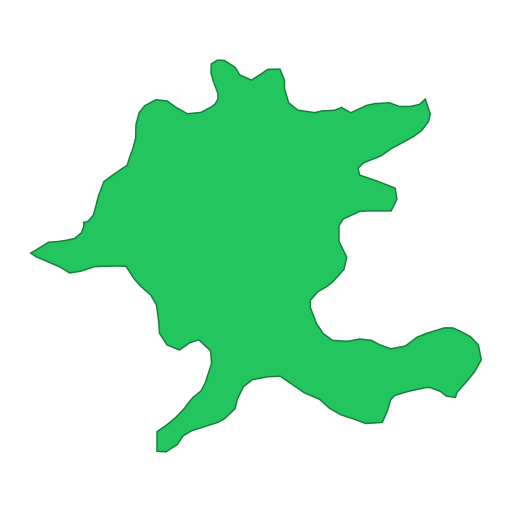 the district of Agdam District, Ağdam, Azerbaijan
{"feature_id": "54616110B71765796178707", "entity_name": "Agdam District", "entity_type": "district", "adm_level": 2, "iso_a3": "AZE", "parent_name": "Azerbaijan", "parent_adm1": "Ağdam", "projection": "natural_earth1", "projection_center": [47.033, 40.029], "detail": "fine", "context": "isolated", "style": "filled", "palette": "green", "viewbox_px": 512, "rotation_deg": 0, "n_neighbors": 0, "source": "geoboundaries", "source_scale": "gbopen_adm2", "svg_char_len": 2171}
<svg xmlns="http://www.w3.org/2000/svg" viewBox="0 0 512 512"><path d="M341.8,107.3L334.6,110.3L322.2,110.9L314.7,112.7L297.8,110.1L288.7,102.8L284.5,88.6L284.5,80.4L279.9,69.1L267.8,69.4L260.0,74.6L251.5,80.1L239.7,74.9L235.2,67.4L224.3,60.4L217.4,60.1L211.3,63.9L211.0,72.9L213.4,81.3L218.0,93.8L218.0,99.0L215.2,104.0L211.3,106.9L201.0,112.4L187.5,113.8L175.9,107.3L167.2,101.0L156.0,99.7L144.7,105.7L139.1,112.9L136.0,124.4L135.6,138.0L133.3,147.3L129.6,157.4L127.1,165.4L121.9,168.7L111.4,176.0L103.9,181.6L98.4,196.1L95.9,206.0L93.4,215.1L88.0,221.4L83.8,222.4L83.7,226.6L81.4,232.8L74.8,238.4L66.3,240.3L59.3,241.4L48.4,242.3L33.7,251.4L30.7,253.1L36.1,256.7L51.6,263.4L60.3,267.2L69.7,273.0L80.6,271.2L94.8,266.6L115.4,266.0L126.0,266.3L134.4,279.1L140.5,286.1L150.8,295.1L156.5,305.1L158.6,320.5L158.7,321.5L159.5,333.3L167.1,345.0L179.5,350.0L189.8,342.7L198.8,339.8L210.6,350.8L211.6,363.4L205.2,383.0L200.9,391.1L192.8,397.6L187.3,404.3L185.2,407.5L183.7,409.1L175.2,418.0L167.0,424.7L157.0,431.7L157.0,440.5L157.0,451.3L158.1,451.4L165.8,451.9L177.3,444.6L183.1,435.8L191.3,430.9L206.7,425.9L217.9,422.4L224.6,418.6L235.1,408.7L237.3,399.3L243.3,386.7L252.4,379.7L267.2,376.8L280.2,376.2L299.9,389.7L303.9,392.6L319.6,399.3L329.3,408.1L340.8,414.8L353.5,418.9L365.6,423.5L382.3,422.4L387.4,411.0L390.7,399.6L394.7,395.5L408.0,391.4L425.8,387.6L430.4,387.6L440.4,391.4L446.4,396.1L455.4,397.5L457.1,392.2L466.6,381.6L474.7,371.6L477.2,367.1L481.3,359.9L478.4,344.9L470.6,336.8L459.9,331.0L452.7,327.9L444.3,327.9L427.9,332.9L417.2,337.1L405.4,346.0L390.9,348.8L380.0,344.9L371.6,340.4L360.3,339.0L347.9,341.3L332.6,340.4L323.4,333.8L316.5,323.7L310.4,307.6L310.4,300.1L318.2,291.5L326.9,286.5L332.6,282.0L343.9,269.5L346.8,257.3L339.0,241.5L339.0,234.2L339.0,225.6L343.3,219.0L359.4,211.5L367.5,210.9L391.1,210.9L396.9,199.5L395.2,188.2L379.0,181.8L359.7,175.1L358.0,168.2L363.4,162.9L381.3,155.7L391.4,148.5L405.5,141.0L413.9,136.3L421.7,130.5L428.6,121.3L430.3,113.9L425.4,99.7L425.1,99.1L419.6,104.4L410.7,106.4L399.2,106.4L389.4,102.8L374.9,103.6L366.3,105.5L350.7,112.8L342.1,107.8L341.8,107.3Z" fill="#22c55e" stroke="#15803d" stroke-width="1.5"/></svg>